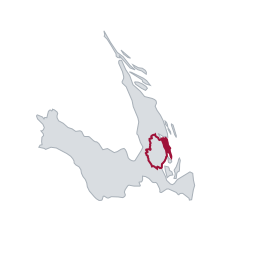 Licko-Senjska on a map of Croatia (Natural Earth projection), rotated 205°
{"feature_id": "HRV-1584", "entity_name": "Licko-Senjska", "entity_type": "County", "adm_level": 1, "iso_a3": "HRV", "parent_name": "Croatia", "parent_adm1": "", "projection": "natural_earth1", "projection_center": [15.249, 44.713], "detail": "fine", "context": "in_parent", "style": "outline", "palette": "rose", "viewbox_px": 256, "rotation_deg": 205, "n_neighbors": 0, "source": "natural_earth", "source_scale": "10m", "svg_char_len": 6364}
<svg xmlns="http://www.w3.org/2000/svg" viewBox="0 0 256 256"><g transform="rotate(205 128 128)"><path d="M41.9,88.6L43.0,90.1L50.8,91.9L52.5,91.1L53.6,89.9L53.6,89.1L54.3,88.8L57.0,90.0L65.5,89.9L67.2,89.0L70.4,83.7L71.5,83.3L72.2,83.5L72.7,85.0L73.9,86.5L78.2,90.0L79.8,90.4L81.3,89.5L83.0,89.2L87.6,91.1L91.6,91.4L94.5,90.5L93.0,87.6L92.8,86.2L93.0,84.9L95.0,83.7L94.9,83.2L92.5,81.0L92.6,80.4L97.9,77.9L103.0,76.6L103.8,75.5L104.5,70.9L104.2,68.4L102.1,66.2L102.0,65.0L102.5,63.8L103.3,62.7L107.7,61.4L114.1,58.7L116.1,56.3L117.3,55.8L120.9,56.2L121.6,55.6L121.1,52.0L121.7,51.1L123.6,50.1L126.8,50.5L129.4,51.4L136.3,54.5L140.0,57.5L142.1,60.7L144.8,63.2L148.3,65.0L151.1,67.4L153.2,70.4L156.0,72.1L159.7,72.5L162.0,73.5L163.0,75.3L165.0,76.8L168.0,78.2L172.7,79.0L184.5,79.6L189.7,78.0L193.6,73.8L195.3,74.1L200.7,72.9L200.4,75.4L198.8,76.5L200.5,79.1L202.1,83.3L201.3,85.4L202.4,87.0L205.7,88.6L204.8,89.1L204.0,90.5L204.0,93.0L206.7,95.4L213.8,98.0L215.9,100.1L216.0,101.0L215.6,101.6L210.1,101.8L208.0,100.7L207.9,102.4L205.9,103.0L207.1,109.2L206.7,110.9L205.9,111.5L204.4,111.2L204.0,111.8L204.4,113.1L202.4,113.3L199.2,112.6L197.8,111.4L197.5,109.0L196.5,107.2L193.9,105.2L188.7,104.9L182.6,103.1L178.2,103.6L174.0,102.8L170.3,105.2L168.5,105.2L164.8,102.2L163.7,102.0L160.5,103.5L159.2,103.6L153.8,101.9L151.9,101.7L150.4,102.2L147.9,101.6L141.7,97.7L137.9,100.7L130.1,99.9L127.8,102.0L125.2,105.9L123.0,107.8L121.2,107.2L119.0,105.4L115.1,101.0L113.1,100.2L110.9,100.0L108.9,100.5L107.9,101.4L106.4,113.6L106.4,117.0L110.7,120.2L115.8,125.7L117.4,126.3L118.2,128.1L120.8,138.0L123.4,141.4L132.2,149.5L135.9,154.6L147.1,164.6L152.1,166.3L152.9,167.3L152.9,171.1L153.5,172.6L156.8,176.7L163.6,182.6L164.4,184.0L164.6,185.0L164.2,185.8L162.4,186.6L154.7,179.9L148.6,176.2L141.7,169.3L132.5,166.6L126.3,163.5L118.4,165.0L115.8,165.0L114.0,164.4L112.7,162.6L112.6,159.2L109.0,156.2L104.0,153.3L99.3,149.6L89.9,139.6L88.0,136.4L92.8,135.2L98.4,135.8L92.4,131.6L83.7,123.2L81.2,119.3L80.9,115.1L81.5,109.2L80.0,105.1L73.3,99.7L70.9,96.9L66.0,95.2L63.8,95.4L62.5,97.4L61.5,102.1L53.3,114.4L50.2,114.3L46.7,108.5L43.3,104.1L42.6,99.4L40.0,89.9L41.9,88.6ZM188.4,201.1L188.4,202.5L190.9,205.9L180.0,198.2L169.7,192.0L162.5,190.5L152.5,185.5L146.1,183.7L151.4,183.3L166.7,190.0L164.9,188.2L167.1,187.5L169.0,188.0L170.2,190.2L178.8,196.1L184.3,199.6L188.4,201.1ZM68.9,121.1L68.7,122.5L66.9,120.7L66.0,117.3L63.7,111.9L63.4,110.4L64.6,108.9L64.6,107.4L63.0,102.7L64.3,101.9L65.1,101.8L65.4,105.1L66.2,107.0L68.4,109.3L67.9,113.1L68.3,118.6L68.9,121.1ZM78.6,109.0L74.9,109.8L73.2,108.4L72.7,107.2L69.7,106.8L67.5,104.4L70.1,102.6L71.5,99.6L76.5,105.7L78.6,109.0ZM138.2,173.9L133.4,174.0L129.3,173.3L127.2,172.2L128.0,169.5L132.6,169.7L139.6,170.9L141.4,172.3L140.8,172.9L138.2,173.9ZM150.5,179.5L148.4,179.9L135.0,179.6L131.1,178.8L125.8,176.1L130.2,175.5L134.3,176.1L135.5,177.6L150.5,179.5ZM89.9,133.4L89.2,134.4L81.7,127.7L80.8,125.4L77.1,120.9L76.6,119.6L80.0,122.7L81.2,122.9L84.5,125.8L87.7,129.6L91.5,132.8L89.9,133.4ZM134.2,184.4L139.7,185.5L143.8,185.0L147.6,185.6L150.4,187.4L144.1,187.0L140.2,188.2L136.8,187.6L135.5,186.8L134.6,185.8L134.2,184.4ZM90.0,149.1L90.3,150.0L88.4,149.7L81.0,141.4L80.2,139.8L82.9,141.7L90.0,149.1ZM76.9,114.0L80.0,119.0L77.2,117.5L74.7,116.9L74.1,115.8L75.0,113.9L76.9,114.0ZM163.2,193.1L167.3,195.7L155.2,192.3L157.8,191.9L163.2,193.1ZM95.5,147.2L97.4,150.0L95.5,149.4L93.6,147.6L92.4,145.7L95.5,147.2ZM91.2,143.8L91.7,145.1L87.9,142.6L86.3,140.2L91.2,143.8Z" fill="#d9dde1" stroke="#a8b0b8" stroke-width="1"/><path d="M93.1,132.3L88.9,128.4L87.5,126.6L86.7,125.8L85.9,125.4L85.7,125.2L84.8,124.5L84.5,124.5L84.3,124.2L81.3,119.9L80.8,118.7L81.2,118.2L81.1,117.6L80.9,117.0L80.8,116.2L80.8,114.1L80.8,113.4L81.5,111.0L81.8,110.4L82.0,109.7L81.7,108.9L80.8,106.8L80.9,106.6L80.9,106.1L80.9,105.9L81.0,105.8L82.1,105.2L82.3,105.2L82.5,105.2L82.7,105.4L82.9,105.4L83.3,105.4L84.2,105.5L84.7,105.4L84.9,105.4L85.0,105.2L85.1,104.9L85.1,104.7L84.6,103.5L88.1,104.2L89.1,104.1L89.8,103.5L90.0,103.3L90.3,103.6L90.5,103.9L90.7,104.1L90.9,104.3L91.1,104.4L91.3,104.7L91.4,104.8L91.6,104.9L95.6,107.2L95.7,107.3L95.8,107.4L96.4,108.6L96.5,108.8L96.9,109.2L97.5,109.6L97.7,109.9L97.9,110.6L98.1,110.8L98.2,111.0L98.3,111.1L98.5,111.2L99.1,111.1L99.4,111.2L99.6,111.3L99.8,111.4L99.8,111.5L100.1,111.9L101.3,112.8L101.1,113.5L100.7,113.9L100.1,114.3L100.1,114.5L100.7,115.0L101.2,115.2L101.5,115.4L101.7,115.5L102.2,115.6L102.3,115.7L102.3,115.9L102.3,116.2L102.2,116.3L101.3,116.8L101.0,117.1L100.6,117.2L100.5,117.3L100.3,117.5L100.1,117.5L99.8,117.6L98.8,117.6L98.6,117.6L98.5,117.8L98.5,118.1L98.6,118.4L98.9,118.7L99.1,118.9L99.6,119.2L99.8,119.4L100.0,119.6L100.1,120.0L100.3,120.6L100.3,121.3L100.4,121.5L100.8,122.0L101.0,122.2L101.1,123.0L101.2,123.3L101.1,123.5L101.1,123.8L101.2,124.0L103.0,125.6L103.4,126.1L103.9,127.3L102.4,128.4L102.1,128.6L102.0,128.8L102.1,129.0L102.4,129.2L102.5,129.3L102.8,129.4L102.9,129.5L102.9,129.8L103.0,129.9L103.1,130.0L103.3,130.1L103.4,130.3L103.4,130.5L103.2,130.9L103.0,131.3L102.8,131.7L102.3,132.3L102.0,132.6L101.6,132.7L101.3,132.8L101.1,132.9L100.9,133.0L100.7,133.6L99.7,132.5L99.4,132.2L99.1,132.1L96.8,131.9L96.6,131.9L96.3,131.7L95.9,131.2L95.2,130.7L94.8,130.5L94.6,130.4L94.4,130.4L94.1,130.5L93.9,130.8L93.1,132.3L93.1,132.3ZM80.6,124.9L80.3,124.6L77.1,121.1L76.6,120.3L76.3,119.4L76.5,119.5L77.7,120.7L79.7,123.3L80.8,124.1L80.7,123.0L81.4,123.0L82.4,123.6L83.3,124.4L84.0,125.4L84.4,125.8L85.5,126.1L85.8,126.5L86.1,127.1L86.6,127.8L86.0,127.7L85.1,127.0L84.5,127.0L84.6,126.6L84.7,126.4L83.5,125.8L82.9,125.6L82.6,125.3L82.2,125.2L81.6,125.2L81.6,125.4L83.3,126.2L85.7,129.4L87.2,130.4L86.7,130.0L86.2,129.5L85.8,128.8L85.5,128.0L86.8,128.6L89.6,131.3L90.3,131.7L90.7,132.1L91.5,132.8L91.9,133.2L91.4,133.4L90.6,133.0L89.9,132.5L89.2,132.2L89.2,132.4L89.8,132.5L90.3,132.9L90.8,133.3L91.1,133.7L90.5,133.7L90.5,134.0L90.9,134.3L90.3,134.1L88.9,133.6L88.2,133.5L89.5,134.5L89.5,134.8L88.8,134.6L88.2,134.3L87.6,133.8L87.2,133.2L87.6,133.0L87.6,132.7L87.4,132.6L87.2,132.4L87.0,131.9L87.3,131.9L87.5,131.9L87.7,131.7L87.8,131.4L87.0,131.0L86.8,130.9L86.5,130.9L86.0,131.2L85.8,131.1L85.4,130.8L84.9,129.8L83.1,128.4L82.8,128.4L81.2,127.5L81.2,127.3L81.4,127.2L81.7,127.0L81.9,127.0L81.5,126.4L80.6,125.2L80.6,124.9Z" fill="none" stroke="#9f1239" stroke-width="2"/></g></svg>